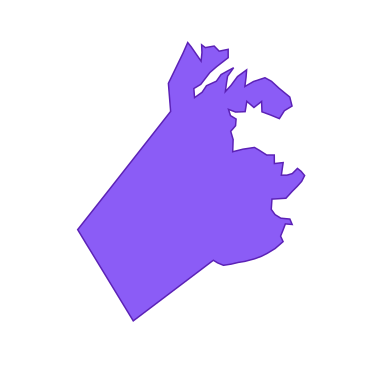 outline of Agricolândia, Piauí, Brazil, rotated 41°
{"feature_id": "56859067B82252507682420", "entity_name": "Agricolândia", "entity_type": "district", "adm_level": 2, "iso_a3": "BRA", "parent_name": "Brazil", "parent_adm1": "Piauí", "projection": "equal_earth", "projection_center": [-42.679, -5.769], "detail": "fine", "context": "isolated", "style": "filled", "palette": "violet", "viewbox_px": 384, "rotation_deg": 41, "n_neighbors": 0, "source": "geoboundaries", "source_scale": "gbopen_adm2", "svg_char_len": 1292}
<svg xmlns="http://www.w3.org/2000/svg" viewBox="0 0 384 384"><g transform="rotate(41 192 192)"><path d="M288.9,150.8L283.6,148.2L276.2,153.5L269.5,154.6L263.2,153.1L257.0,144.9L267.0,135.1L267.2,125.8L267.7,118.5L267.8,112.1L266.2,105.7L260.8,104.8L256.1,105.0L255.6,112.3L252.6,117.0L248.4,120.7L241.5,110.0L235.5,116.5L229.8,110.1L224.1,115.1L215.1,116.4L209.9,117.4L202.4,126.2L196.3,134.9L188.6,125.4L181.4,120.8L181.4,113.4L177.4,108.0L170.9,109.1L165.3,105.7L172.4,103.1L179.4,96.5L173.9,87.6L183.3,87.6L185.1,78.0L192.2,85.6L200.9,82.3L209.8,79.3L208.4,70.0L211.1,61.5L203.5,56.2L189.5,56.6L179.4,56.3L172.1,57.9L165.9,68.3L162.7,77.7L157.5,69.9L153.1,64.0L150.6,75.0L151.5,86.0L151.3,94.4L146.4,86.9L142.9,81.3L141.9,70.9L139.6,76.9L136.9,84.3L137.7,92.4L133.2,102.3L134.2,110.1L132.0,119.1L125.5,112.7L128.0,105.0L127.1,90.1L128.4,80.9L131.2,66.9L125.7,60.6L120.1,67.9L113.0,67.3L107.3,74.3L102.7,74.6L108.1,80.3L113.0,87.3L96.2,83.0L90.7,82.0L94.2,93.3L102.9,125.5L123.0,145.2L127.7,239.1L130.4,295.4L145.6,300.3L153.3,302.7L232.2,327.8L252.9,229.5L257.8,228.7L263.8,226.7L268.9,220.7L273.2,214.7L277.4,209.7L283.1,201.3L286.6,194.9L289.1,188.7L291.8,180.2L293.3,169.7L287.8,167.2L285.9,161.6L283.4,154.8L288.9,150.8Z" fill="#8b5cf6" stroke="#5b21b6" stroke-width="1.5"/></g></svg>